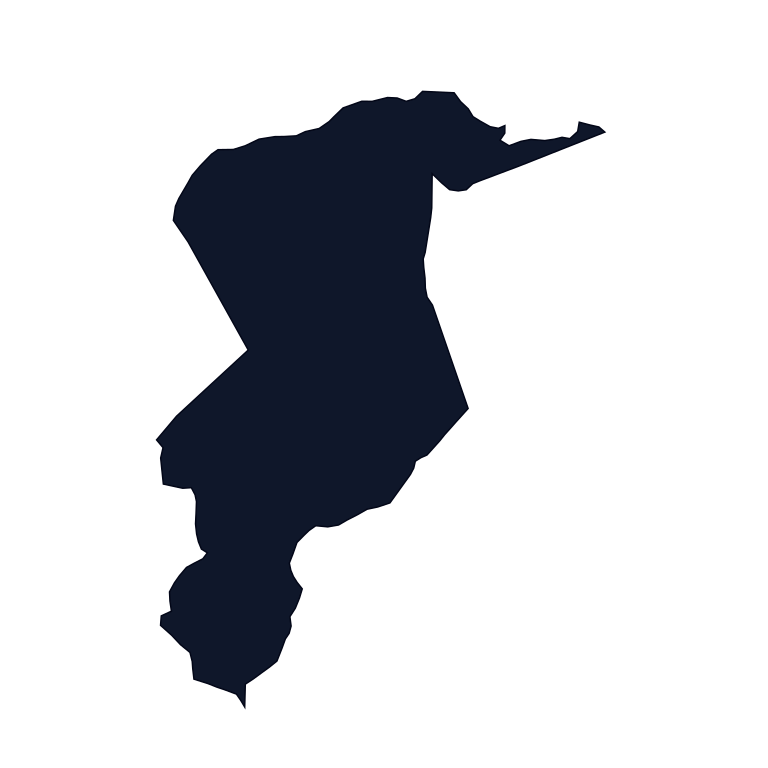 outline of Neópolis, Sergipe, Brazil, rotated 256°
{"feature_id": "56859067B29247551559532", "entity_name": "Neópolis", "entity_type": "district", "adm_level": 2, "iso_a3": "BRA", "parent_name": "Brazil", "parent_adm1": "Sergipe", "projection": "albers", "projection_center": [-36.673, -10.373], "detail": "fine", "context": "isolated", "style": "filled", "palette": "ink", "viewbox_px": 768, "rotation_deg": 256, "n_neighbors": 0, "source": "geoboundaries", "source_scale": "gbopen_adm2", "svg_char_len": 1923}
<svg xmlns="http://www.w3.org/2000/svg" viewBox="0 0 768 768"><g transform="rotate(256 384 384)"><path d="M340.3,145.7L331.6,163.4L330.0,172.0L322.2,173.9L315.3,173.6L303.8,170.3L293.9,167.3L283.8,165.9L275.8,165.8L268.0,166.9L262.9,171.8L258.2,165.9L256.1,156.8L253.8,148.0L247.5,139.2L241.8,132.6L234.2,125.6L225.1,123.8L215.0,122.8L212.9,111.8L203.9,108.8L191.6,117.2L180.3,123.5L170.5,130.8L161.1,130.8L154.3,129.6L143.6,128.2L136.0,140.6L130.2,148.7L126.2,155.0L118.8,165.8L111.9,168.4L104.3,170.7L126.3,176.8L129.4,185.6L133.5,195.6L137.1,204.5L141.1,213.1L152.6,221.3L160.5,226.6L165.0,231.6L171.6,235.3L181.0,236.4L187.9,243.7L196.8,250.2L205.0,255.1L212.5,251.7L219.1,249.5L225.8,248.5L233.1,248.8L241.0,254.4L251.3,261.2L256.5,269.7L260.0,275.8L263.0,283.5L259.0,294.9L258.2,305.8L260.9,315.0L263.7,327.0L266.6,337.2L266.2,348.2L267.2,361.0L289.9,387.8L295.2,392.5L301.5,395.7L303.6,402.0L304.7,408.5L309.8,416.1L315.5,424.5L320.1,430.5L324.7,437.3L329.8,444.7L339.9,459.7L448.8,450.1L457.8,446.8L467.0,447.3L476.8,449.4L487.6,450.8L495.9,452.3L501.6,455.7L534.0,469.5L543.2,472.9L576.4,481.6L565.2,488.6L556.7,494.7L553.4,502.8L552.6,510.8L556.9,518.5L558.0,526.2L561.3,554.6L562.7,566.7L575.0,659.2L581.4,654.7L585.6,646.3L590.8,636.8L582.1,633.0L577.1,623.7L580.3,616.4L580.3,608.5L581.3,598.9L585.8,585.7L586.3,575.6L584.9,563.0L592.5,555.5L598.2,561.9L605.5,563.8L604.4,556.9L608.0,549.2L615.9,540.8L621.9,535.0L630.6,532.3L639.5,526.6L649.6,522.5L658.6,492.2L653.3,483.0L652.9,473.9L658.3,466.0L661.1,456.7L661.1,441.0L663.7,430.8L661.8,411.1L655.4,400.0L651.9,394.3L647.6,382.9L647.9,368.7L646.0,358.9L648.3,346.8L650.4,338.0L651.8,322.0L648.7,306.9L648.0,294.5L651.5,279.6L648.7,272.3L640.3,258.8L632.9,248.4L626.7,242.6L613.7,229.9L607.0,224.7L593.7,219.2L569.2,228.3L449.8,260.5L403.0,175.0L384.8,149.8L375.7,154.2L366.2,149.4L340.3,145.7Z" fill="#0f172a" stroke="#020617" stroke-width="1.5"/></g></svg>